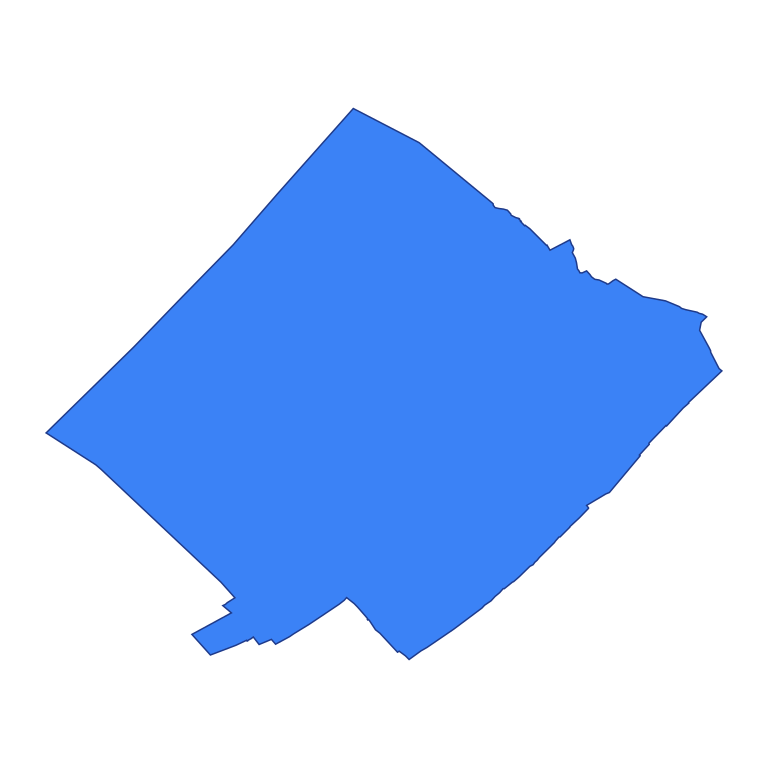 the district of Wassenaar, Zuid-Holland, Netherlands
{"feature_id": "6326949B22720644545948", "entity_name": "Wassenaar", "entity_type": "district", "adm_level": 2, "iso_a3": "NLD", "parent_name": "Netherlands", "parent_adm1": "Zuid-Holland", "projection": "natural_earth1", "projection_center": [4.386, 52.144], "detail": "medium", "context": "isolated", "style": "filled", "palette": "blue", "viewbox_px": 768, "rotation_deg": 0, "n_neighbors": 0, "source": "geoboundaries", "source_scale": "gbopen_adm2", "svg_char_len": 1930}
<svg xmlns="http://www.w3.org/2000/svg" viewBox="0 0 768 768"><path d="M409.1,659.5L421.1,650.8L426.9,647.5L453.7,629.2L482.0,608.0L484.6,605.2L491.1,600.8L495.0,596.5L499.6,592.7L503.2,588.6L504.3,588.7L512.3,582.2L513.7,581.6L519.5,576.5L529.9,566.3L533.1,564.7L534.8,562.3L537.1,560.3L539.4,557.4L554.4,542.6L555.4,541.1L559.0,537.0L560.1,536.9L569.9,527.1L569.9,526.6L579.2,518.0L588.5,508.4L588.5,507.8L586.6,505.4L605.7,494.0L609.4,492.5L640.0,456.0L640.1,455.5L639.4,455.0L649.2,444.4L648.9,443.2L666.0,425.5L666.6,426.0L683.2,408.0L688.8,403.1L688.5,402.5L721.9,370.9L719.1,368.6L718.6,367.7L710.7,352.3L710.6,350.7L709.0,347.5L699.6,330.3L701.2,322.2L706.7,316.8L705.2,315.8L702.6,314.2L699.1,313.3L697.2,312.2L685.8,309.7L681.6,308.4L679.5,306.7L665.6,300.9L643.0,296.7L615.8,279.2L613.1,280.6L608.6,283.9L607.0,284.1L606.5,283.4L599.1,280.0L594.8,279.3L591.5,276.8L589.9,274.5L586.6,270.9L582.2,272.9L579.9,272.8L578.8,270.6L577.5,269.1L576.5,262.7L575.3,258.1L572.3,252.6L573.5,249.8L573.7,248.5L572.8,246.2L571.6,244.5L569.9,239.8L550.0,250.2L547.0,245.1L546.5,245.4L529.9,228.8L525.2,225.3L524.6,225.7L520.6,221.5L521.1,221.2L518.7,218.7L519.0,218.5L518.8,218.4L515.8,217.6L511.4,215.4L511.0,214.9L510.7,213.9L507.4,210.2L503.5,209.1L498.9,208.5L495.0,207.6L493.2,205.1L493.2,203.9L492.3,203.0L419.2,142.7L353.3,108.5L277.5,193.8L233.1,244.9L183.0,296.1L133.6,347.2L46.1,432.9L95.8,464.8L100.7,469.0L220.9,582.1L234.9,597.8L227.2,602.7L225.5,604.3L222.8,605.6L231.4,612.9L191.9,634.4L210.4,655.0L235.9,645.3L246.5,640.3L247.1,641.1L247.8,640.8L247.9,640.4L251.2,638.6L253.3,637.0L259.1,644.5L271.4,639.4L275.6,644.2L289.5,636.7L293.7,633.8L309.5,624.1L339.2,604.2L344.2,600.3L346.6,597.6L354.2,603.6L357.6,607.1L367.1,618.0L367.5,618.7L367.3,619.4L367.8,620.0L368.5,619.6L369.4,620.5L375.5,629.8L379.9,633.2L397.5,652.2L399.2,651.2L405.4,655.8L409.1,659.5Z" fill="#3b82f6" stroke="#1e3a8a" stroke-width="1.5"/></svg>